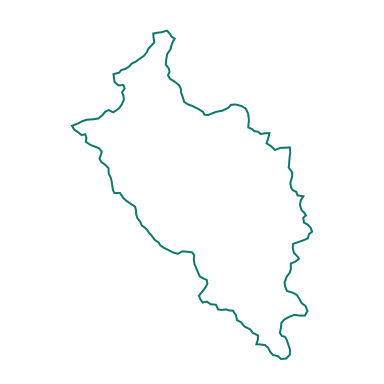 Nazaré Paulista, São Paulo, Brazil, rotated 95°
{"feature_id": "56859067B32892944945715", "entity_name": "Nazaré Paulista", "entity_type": "district", "adm_level": 2, "iso_a3": "BRA", "parent_name": "Brazil", "parent_adm1": "São Paulo", "projection": "albers", "projection_center": [-46.369, -23.204], "detail": "fine", "context": "isolated", "style": "outline", "palette": "teal", "viewbox_px": 384, "rotation_deg": 95, "n_neighbors": 0, "source": "geoboundaries", "source_scale": "gbopen_adm2", "svg_char_len": 2911}
<svg xmlns="http://www.w3.org/2000/svg" viewBox="0 0 384 384"><g transform="rotate(95 192 192)"><path d="M33.4,231.0L35.5,236.3L36.4,240.6L37.5,244.4L41.8,243.7L46.3,242.6L49.3,244.9L52.8,247.8L56.6,249.2L60.5,251.7L64.1,256.1L67.1,259.5L69.4,263.3L72.6,265.7L75.1,269.0L76.7,273.1L79.4,274.9L81.5,280.5L85.0,279.7L89.2,278.7L92.2,274.7L91.5,269.7L94.7,268.1L98.8,270.4L102.4,268.6L106.0,267.9L110.3,269.3L114.7,271.7L117.2,274.4L119.5,277.6L117.6,282.1L119.5,285.4L123.1,287.8L126.9,291.6L128.2,296.7L129.0,302.4L130.8,307.1L133.8,311.8L136.6,317.4L140.3,314.6L142.3,310.9L144.9,306.9L143.8,303.3L147.4,301.9L151.3,302.1L154.1,296.9L155.5,291.8L156.6,288.3L159.7,285.4L162.8,286.0L166.8,287.1L169.9,285.1L172.2,281.2L175.5,277.2L180.9,276.6L184.2,274.5L188.6,272.9L193.4,271.8L197.0,270.9L199.8,269.2L199.3,263.6L204.1,259.8L206.7,256.3L208.7,252.7L211.7,247.4L215.4,246.1L219.5,245.6L222.9,244.0L226.3,240.9L229.7,239.2L231.7,235.7L233.7,233.4L236.3,231.4L238.4,228.9L242.7,225.2L245.5,220.7L248.1,218.7L250.1,215.1L251.4,211.6L253.9,205.5L254.8,200.8L251.9,196.2L251.9,191.4L252.1,186.7L254.7,184.3L258.9,184.4L263.8,183.1L267.7,181.0L271.8,179.0L275.6,176.7L277.0,173.5L278.4,169.6L282.0,168.7L285.1,169.9L288.1,171.6L291.2,173.7L294.8,176.1L298.6,174.0L301.2,171.6L299.9,167.8L302.2,163.7L302.2,158.3L306.7,155.8L306.9,151.9L306.0,148.0L306.7,144.8L306.7,140.9L311.0,137.4L315.7,136.0L317.4,132.0L321.5,127.8L323.8,122.0L327.0,119.2L329.1,113.8L333.1,113.5L338.1,114.6L337.9,110.9L338.1,106.0L340.4,102.7L344.7,99.9L347.4,96.9L347.9,92.3L350.6,88.8L349.7,83.6L345.6,80.4L340.6,80.6L336.5,82.4L332.1,84.3L328.3,86.5L327.6,89.9L324.6,92.2L319.1,91.5L314.8,91.6L311.2,89.1L308.0,84.5L305.5,79.4L305.7,74.3L305.3,68.8L300.5,66.6L295.7,69.0L293.1,73.1L288.6,76.1L285.5,78.6L283.7,82.3L282.3,88.7L278.8,90.7L274.2,91.9L268.1,90.3L264.1,87.7L260.1,86.8L254.6,87.3L252.3,82.9L249.1,79.6L246.4,82.0L243.7,85.2L238.8,86.8L234.8,86.6L232.4,81.2L230.1,76.2L228.1,72.6L223.8,71.8L221.1,68.9L217.6,70.5L214.6,73.5L212.7,77.8L207.9,78.9L205.4,76.4L202.8,78.5L200.5,81.3L195.4,83.3L190.7,82.9L186.5,80.7L186.2,86.6L182.7,88.2L181.3,92.1L178.3,93.9L174.2,94.8L170.7,94.1L167.7,93.6L163.6,93.9L159.3,97.8L154.4,97.7L150.7,97.8L147.7,97.8L143.9,97.6L139.1,98.4L139.8,103.6L140.4,107.9L142.9,113.0L139.3,117.5L137.0,122.0L133.5,121.1L130.1,120.4L126.6,120.0L127.1,124.5L128.3,128.6L126.2,131.4L126.0,135.3L124.0,137.8L122.9,141.5L119.9,141.7L116.8,141.5L113.4,141.9L108.6,143.1L104.3,145.8L102.1,149.9L101.0,156.3L101.8,160.8L105.1,163.4L108.4,169.0L110.0,174.8L111.6,178.1L113.8,182.4L114.0,186.3L111.2,188.0L108.9,192.6L106.7,197.8L105.0,203.7L102.9,207.7L99.1,209.1L93.8,211.6L90.1,212.1L86.6,214.4L83.5,219.0L81.1,223.9L77.9,226.1L74.1,224.8L70.9,226.0L67.4,229.2L62.6,229.2L56.9,228.8L51.7,225.8L48.2,225.3L44.7,224.5L40.7,222.6L39.1,225.9L36.5,227.7L33.4,231.0Z" fill="none" stroke="#0f766e" stroke-width="2"/></g></svg>